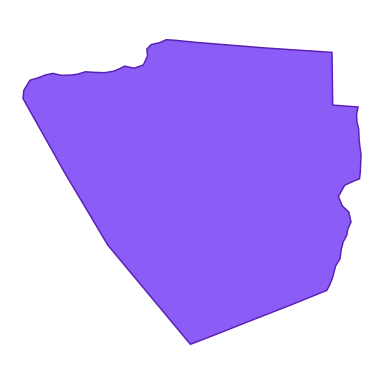 the district of Olivença, Alagoas, Brazil
{"feature_id": "56859067B23414783060869", "entity_name": "Olivença", "entity_type": "district", "adm_level": 2, "iso_a3": "BRA", "parent_name": "Brazil", "parent_adm1": "Alagoas", "projection": "natural_earth1", "projection_center": [-37.17, -9.497], "detail": "fine", "context": "isolated", "style": "filled", "palette": "violet", "viewbox_px": 384, "rotation_deg": 0, "n_neighbors": 0, "source": "geoboundaries", "source_scale": "gbopen_adm2", "svg_char_len": 834}
<svg xmlns="http://www.w3.org/2000/svg" viewBox="0 0 384 384"><path d="M23.0,98.5L64.2,171.9L107.8,245.1L190.4,344.3L208.0,337.5L220.0,332.8L245.2,322.8L292.7,304.2L326.9,290.3L329.8,284.6L332.7,277.3L335.5,266.2L340.0,258.7L341.2,249.6L343.2,241.8L346.7,235.5L347.9,228.8L351.0,222.1L348.8,212.1L342.2,205.8L338.4,196.5L344.7,185.2L353.0,181.4L359.5,178.8L360.3,171.9L360.7,162.7L361.0,154.4L360.0,147.4L359.1,139.6L358.7,129.2L356.9,121.6L356.6,114.4L358.1,107.0L332.7,105.1L332.0,52.4L268.7,48.2L255.7,47.2L244.8,46.3L195.2,42.3L176.5,40.4L166.3,39.7L159.6,42.7L151.1,44.6L146.9,49.1L147.5,56.0L143.4,64.9L134.1,68.2L124.6,66.1L119.2,68.9L113.4,71.3L104.5,72.7L93.7,72.3L85.4,71.8L77.8,74.1L71.1,75.1L61.2,75.3L52.8,73.4L45.7,74.9L38.4,77.7L29.9,80.3L23.8,90.4L23.0,98.5Z" fill="#8b5cf6" stroke="#5b21b6" stroke-width="1.5"/></svg>